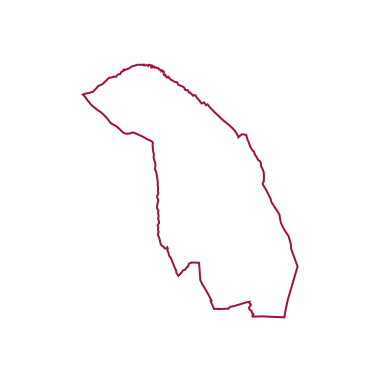 Negresti, Neamt, Romania, rotated 31°
{"feature_id": "2599482B27531373518926", "entity_name": "Negresti", "entity_type": "district", "adm_level": 2, "iso_a3": "ROU", "parent_name": "Romania", "parent_adm1": "Neamt", "projection": "equal_earth", "projection_center": [26.323, 47.038], "detail": "fine", "context": "isolated", "style": "outline", "palette": "rose", "viewbox_px": 384, "rotation_deg": 31, "n_neighbors": 0, "source": "geoboundaries", "source_scale": "gbopen_adm2", "svg_char_len": 5936}
<svg xmlns="http://www.w3.org/2000/svg" viewBox="0 0 384 384"><g transform="rotate(31 192 192)"><path d="M332.5,243.5L329.6,235.0L320.9,201.5L306.3,189.7L303.4,185.6L297.5,180.1L293.3,178.2L291.1,177.1L286.7,174.5L283.5,172.1L278.4,166.2L265.0,159.6L263.2,157.6L254.9,152.3L250.5,149.9L249.2,149.4L248.0,147.9L248.2,146.2L245.7,141.6L243.3,138.1L242.7,137.7L241.2,136.4L238.0,134.3L237.6,133.8L237.1,133.0L236.7,132.7L236.5,132.2L235.5,131.1L235.4,131.0L233.7,130.5L232.8,130.7L230.1,129.3L228.9,128.4L228.7,128.3L228.3,128.3L227.5,128.0L227.0,127.7L225.4,126.5L224.9,126.1L224.8,125.9L224.1,125.4L223.4,125.5L221.8,124.9L219.2,123.5L218.6,123.1L218.0,122.5L216.9,121.8L216.1,121.1L215.7,120.8L215.6,120.5L215.2,120.2L214.3,119.7L212.6,118.6L212.1,117.9L211.1,117.1L210.3,116.5L209.0,115.1L205.1,116.7L203.5,121.2L202.8,120.4L199.8,118.7L199.3,118.3L198.0,118.0L196.4,117.1L189.4,115.5L188.1,115.4L184.1,114.8L181.6,114.5L180.9,114.3L178.6,113.9L176.1,113.2L170.4,112.0L164.4,110.4L162.5,109.8L160.2,108.8L159.4,110.4L156.1,109.0L154.8,111.1L153.1,110.6L150.3,109.5L147.6,108.7L145.1,107.3L144.8,107.6L143.7,108.3L143.4,108.9L143.0,108.8L142.7,108.7L142.4,108.2L142.1,108.3L141.4,108.5L140.8,108.4L140.3,108.1L139.6,107.8L139.2,107.7L138.1,108.3L136.1,106.9L135.3,107.1L134.5,107.9L134.1,108.0L133.6,107.8L133.0,107.8L132.1,106.8L131.6,106.6L131.0,106.5L130.1,106.5L129.6,106.5L129.3,106.5L128.8,106.5L128.0,106.7L126.0,107.0L125.4,107.2L125.2,107.2L124.0,106.6L123.7,106.4L123.1,105.8L122.7,105.7L122.1,105.8L121.2,106.3L120.5,106.5L120.0,106.5L118.6,106.5L117.9,106.4L116.3,106.7L115.9,106.6L115.4,106.5L114.2,106.1L113.1,106.0L112.8,105.9L112.5,105.4L112.3,105.3L112.1,105.4L112.0,105.7L112.1,106.1L112.2,106.3L112.0,106.6L111.6,106.7L110.9,106.7L110.3,106.3L109.6,106.0L109.1,105.4L108.9,105.3L108.3,106.2L108.1,106.2L107.8,106.2L107.6,105.6L106.9,105.3L106.9,105.2L106.4,104.7L106.3,104.3L106.0,104.0L105.6,103.7L105.3,103.7L105.6,103.5L105.7,103.4L105.1,103.1L104.5,103.2L104.2,103.1L103.6,104.0L103.5,103.7L103.3,103.7L103.1,103.6L102.7,103.4L102.2,103.4L100.9,104.0L100.5,103.9L100.3,103.7L100.0,103.4L99.4,103.3L98.9,103.4L97.7,103.6L97.7,103.8L97.1,103.7L96.2,104.1L96.1,104.3L96.2,104.5L95.9,104.7L95.7,104.7L95.3,104.2L95.0,104.0L94.6,104.1L94.0,104.5L93.8,105.6L93.5,106.0L92.8,106.3L92.6,106.2L93.0,105.2L93.2,104.2L92.6,104.1L92.2,104.3L92.0,104.6L91.8,104.7L91.4,104.6L89.3,105.3L89.5,106.1L89.5,106.4L88.5,106.4L87.5,106.9L86.6,107.5L85.9,108.1L85.3,108.1L84.9,108.4L84.2,108.5L84.3,108.2L81.3,110.1L80.2,110.6L78.6,112.2L77.7,113.4L76.4,114.5L75.9,115.2L75.6,115.7L74.3,118.7L73.0,120.1L72.5,121.0L71.9,121.7L71.6,122.1L71.5,121.9L71.0,121.8L70.6,122.1L70.3,122.7L70.6,124.1L70.2,124.7L69.7,125.2L69.6,125.5L69.5,125.9L69.6,126.8L69.7,127.6L69.7,127.9L69.5,128.3L68.5,128.8L67.9,130.3L67.5,131.3L67.5,131.9L67.5,132.4L67.1,132.5L66.7,132.9L65.7,133.2L64.3,135.0L62.1,136.8L62.0,137.5L61.6,138.1L61.4,138.8L61.2,140.3L61.2,140.9L60.7,141.8L60.4,142.7L60.4,143.5L60.0,144.8L59.0,146.8L58.0,148.1L56.8,149.8L56.9,151.2L56.4,152.9L56.1,154.6L55.4,157.4L54.2,158.4L53.0,159.9L51.2,161.6L49.9,162.7L49.1,163.5L48.3,164.7L49.1,164.8L50.4,165.3L51.7,165.5L52.1,165.7L52.7,166.3L53.1,166.5L54.0,166.6L55.6,167.4L57.1,167.7L57.3,167.9L58.3,168.2L59.0,168.6L59.3,168.7L60.6,169.2L62.7,169.6L64.8,169.8L67.9,170.3L70.4,170.5L71.7,170.5L72.2,170.5L75.7,171.1L78.0,171.7L80.6,172.3L86.1,174.6L88.3,174.9L90.7,174.7L94.1,174.7L98.9,175.7L100.1,176.1L102.5,176.5L103.3,176.5L104.4,176.3L106.4,175.5L107.2,175.0L108.1,174.3L109.6,172.6L109.9,172.1L110.1,171.9L111.0,171.3L111.7,171.1L115.0,170.7L118.6,170.2L124.2,169.8L125.1,169.7L125.7,170.0L126.5,169.9L129.1,169.4L129.9,169.4L131.8,169.4L132.3,169.5L133.0,169.8L133.3,170.2L133.5,171.0L134.0,172.1L135.5,173.9L136.6,175.9L137.8,177.1L138.4,177.7L138.6,178.1L139.6,178.9L141.2,181.8L141.7,182.6L142.4,183.4L143.4,184.3L144.7,185.3L145.5,186.1L146.2,187.1L146.8,187.8L147.4,188.9L148.3,191.1L148.6,191.6L148.9,191.9L149.3,192.1L150.1,192.4L150.9,193.4L151.8,194.2L153.3,195.9L154.8,197.8L156.1,199.2L157.0,200.6L157.4,201.1L157.9,201.5L158.2,202.1L158.5,203.0L159.1,203.8L160.7,205.7L160.8,206.0L162.3,208.5L162.5,209.1L163.4,209.9L163.9,210.9L164.2,212.2L164.1,213.4L164.5,213.9L165.8,215.4L166.9,215.9L167.2,216.3L167.6,217.3L168.0,217.9L168.0,218.6L168.2,219.6L168.6,220.2L169.1,221.3L169.3,222.1L170.8,224.3L171.5,224.5L172.3,224.9L172.9,225.4L173.0,225.7L173.1,226.4L174.3,228.0L174.6,228.6L175.3,229.2L175.9,230.0L176.4,231.6L176.9,232.6L178.0,233.4L178.3,233.9L179.0,234.4L179.8,235.9L179.7,236.5L179.6,237.8L179.7,238.3L181.2,239.5L181.7,240.4L182.4,242.1L183.0,242.6L183.7,243.0L184.0,243.7L184.3,244.4L184.2,245.0L184.4,245.3L184.4,245.7L184.6,246.1L186.2,247.2L186.6,247.6L187.0,247.8L187.5,248.3L188.5,249.1L189.8,250.5L190.2,251.0L190.3,251.2L191.2,252.0L192.0,252.6L193.8,253.7L195.2,253.5L196.6,253.8L196.8,254.1L197.8,254.4L198.2,254.2L198.8,253.8L199.2,253.1L199.3,252.1L199.9,252.5L200.3,253.0L200.6,253.6L201.1,254.8L202.1,255.5L203.2,256.2L204.1,257.4L204.7,258.0L205.9,258.7L207.0,259.1L208.6,260.0L213.0,263.4L216.7,266.1L218.2,267.0L218.9,267.7L220.4,269.4L223.5,270.9L224.6,266.4L224.5,265.1L224.7,263.6L225.8,262.7L226.1,261.7L226.2,260.2L226.6,259.0L226.6,258.7L227.1,257.9L227.0,257.4L226.6,256.7L226.4,255.4L226.5,254.8L227.0,253.9L227.3,253.5L227.7,253.2L227.8,253.1L227.8,252.8L228.0,252.6L230.0,251.6L230.3,251.3L234.5,249.0L244.5,263.2L245.1,263.7L246.8,264.7L248.3,265.8L250.5,266.8L256.1,269.9L259.6,271.9L262.2,273.6L263.0,274.0L264.0,274.6L264.6,275.0L264.0,275.5L264.8,276.5L267.5,278.3L269.7,279.8L271.0,280.9L274.5,278.7L274.6,278.9L283.4,273.2L283.3,272.7L283.8,271.3L283.8,270.7L286.6,268.4L295.7,258.3L298.0,256.4L298.4,257.6L300.5,258.1L300.5,262.1L302.1,263.2L304.4,263.3L305.8,264.9L306.9,264.8L307.7,265.4L307.5,267.0L308.0,267.6L310.4,266.2L316.3,262.4L335.7,251.9L332.5,243.5Z" fill="none" stroke="#9f1239" stroke-width="2"/></g></svg>